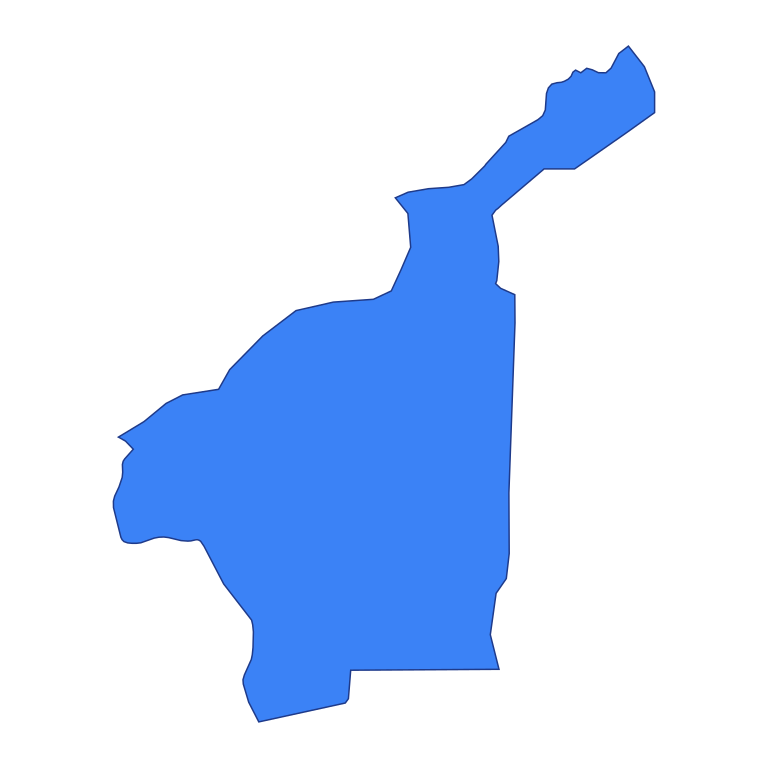 outline of Mamou
{"feature_id": "GIN-5653", "entity_name": "Mamou", "entity_type": "Prefecture", "adm_level": 1, "iso_a3": "GIN", "parent_name": "Guinea", "parent_adm1": "", "projection": "mercator", "projection_center": [-11.878, 10.604], "detail": "fine", "context": "isolated", "style": "filled", "palette": "blue", "viewbox_px": 768, "rotation_deg": 0, "n_neighbors": 0, "source": "natural_earth", "source_scale": "10m", "svg_char_len": 1480}
<svg xmlns="http://www.w3.org/2000/svg" viewBox="0 0 768 768"><path d="M499.0,669.3L350.7,670.2L348.4,698.7L345.3,703.0L258.8,721.9L248.7,702.2L243.3,684.1L243.0,679.7L244.4,674.9L251.3,659.5L252.3,654.7L253.0,647.7L253.4,631.9L252.7,624.8L251.6,620.1L223.7,584.0L204.0,546.2L200.6,541.2L198.8,540.1L197.2,539.7L195.8,539.8L190.9,540.9L187.8,541.1L181.1,540.6L168.6,537.6L163.9,537.0L159.0,537.2L154.2,538.1L140.8,542.8L136.5,543.3L131.9,543.3L127.7,542.9L124.0,541.6L122.1,539.7L120.9,537.3L113.5,507.6L113.4,501.1L114.7,496.1L119.0,486.9L122.2,477.4L122.7,472.2L122.4,464.5L123.2,461.2L124.7,458.9L133.3,449.2L125.5,441.1L118.4,437.1L144.0,421.6L166.1,403.4L182.7,394.9L218.6,389.3L229.7,369.6L262.8,335.9L296.0,310.6L333.3,302.1L373.4,299.3L391.3,290.9L401.0,269.8L410.7,247.3L407.9,213.5L395.3,197.8L408.1,192.2L428.5,188.7L448.7,187.3L464.0,184.6L471.7,178.9L484.7,166.0L486.0,164.1L505.8,142.4L508.8,136.2L537.9,119.7L542.7,115.7L545.3,110.0L546.5,93.4L548.4,87.9L551.8,84.1L557.1,82.7L561.3,82.3L564.3,81.3L568.2,79.2L571.1,76.3L572.9,72.2L575.6,70.1L580.8,72.8L586.7,68.3L592.3,69.8L598.4,72.7L605.9,72.8L611.1,68.1L618.8,53.5L628.4,46.1L644.4,66.7L654.6,91.9L654.6,112.6L625.5,133.4L574.6,168.9L544.1,168.9L501.3,205.3L498.0,208.4L495.7,210.1L492.0,215.2L498.2,246.3L498.8,261.5L496.8,280.6L495.6,283.6L500.6,288.3L514.8,294.7L515.0,322.9L508.9,492.8L509.2,553.5L506.3,578.6L496.1,593.3L490.3,634.7L499.0,669.3Z" fill="#3b82f6" stroke="#1e3a8a" stroke-width="1.5"/></svg>